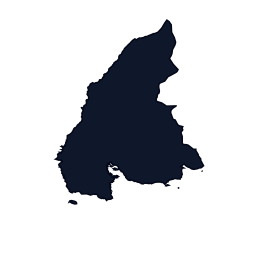 Kaldrananeshreppur, Vestfirðir, Iceland (orthographic projection), rotated 62°
{"feature_id": "244011B77106600698129", "entity_name": "Kaldrananeshreppur", "entity_type": "district", "adm_level": 2, "iso_a3": "ISL", "parent_name": "Iceland", "parent_adm1": "Vestfirðir", "projection": "orthographic", "projection_center": [-21.462, 65.822], "detail": "fine", "context": "isolated", "style": "filled", "palette": "ink", "viewbox_px": 256, "rotation_deg": 62, "n_neighbors": 0, "source": "geoboundaries", "source_scale": "gbopen_adm2", "svg_char_len": 5936}
<svg xmlns="http://www.w3.org/2000/svg" viewBox="0 0 256 256"><g transform="rotate(62 128 128)"><path d="M51.0,43.0L52.4,45.9L55.7,51.4L57.5,56.6L57.2,60.1L56.5,61.5L56.8,62.3L56.5,63.1L56.1,67.1L56.1,68.5L55.4,69.7L55.4,71.9L54.6,74.6L53.9,75.7L53.9,77.8L54.3,78.5L53.5,79.6L52.5,80.1L52.9,83.3L53.6,84.4L53.5,85.2L54.2,86.4L54.2,87.2L54.6,87.9L54.5,88.5L55.0,89.5L55.9,92.8L56.6,94.4L57.5,95.2L57.8,96.7L59.7,99.2L59.9,99.9L59.8,101.4L60.7,102.5L62.7,103.7L63.8,106.7L63.5,107.5L63.9,109.0L63.9,109.6L65.1,111.1L65.2,112.0L66.0,112.7L66.0,113.9L66.2,114.1L66.8,117.0L68.8,118.5L69.8,121.7L69.4,123.0L69.6,124.3L70.9,124.8L71.4,125.6L71.4,126.0L71.8,126.1L71.6,126.5L72.6,127.6L72.8,129.6L72.2,130.1L72.2,130.6L73.2,131.6L73.6,133.2L72.9,135.3L72.9,136.6L72.7,137.1L71.4,138.0L71.5,140.5L72.7,142.2L73.2,143.3L73.1,144.0L73.5,144.6L76.6,145.1L76.7,146.6L77.7,147.0L79.1,148.3L82.0,148.0L84.1,149.5L84.4,150.1L83.7,151.0L83.7,151.3L84.1,152.0L86.5,152.9L87.7,154.3L87.6,156.2L89.1,157.8L89.2,158.5L88.6,158.9L89.2,159.5L90.8,159.0L92.1,160.1L93.2,161.7L95.6,162.8L96.3,163.8L98.3,163.9L100.2,165.7L100.6,166.6L100.7,168.0L101.2,168.5L101.7,171.4L103.0,173.0L102.9,174.9L103.1,175.9L105.0,178.4L105.9,180.2L106.3,182.3L106.2,185.1L109.9,187.3L109.7,188.7L110.2,187.8L110.6,187.7L111.1,188.4L111.3,189.6L112.4,190.1L113.6,192.0L114.6,192.3L114.0,193.4L114.7,194.0L114.1,194.7L114.4,195.1L115.0,194.7L116.4,195.7L116.1,196.5L116.7,196.0L117.7,196.9L118.1,198.4L117.5,199.6L118.4,199.1L118.0,201.4L118.2,202.5L120.3,203.0L121.0,204.4L121.5,204.7L121.5,206.6L124.0,204.1L124.3,203.1L125.2,202.0L125.5,202.2L125.2,203.1L126.3,201.7L127.2,202.5L127.3,204.9L127.7,206.2L128.4,206.5L129.2,206.0L129.9,206.2L130.1,206.9L130.9,206.1L133.1,205.8L133.9,206.8L135.7,206.7L136.9,207.7L139.4,206.8L139.9,207.1L139.5,207.7L139.9,207.8L141.9,207.1L142.3,207.9L141.5,207.9L141.7,208.3L142.8,207.6L144.0,207.5L145.6,208.6L147.3,207.7L148.9,208.1L150.4,209.7L155.4,208.9L156.0,209.0L156.1,209.4L157.8,208.8L159.0,207.7L159.0,207.1L158.5,206.6L158.5,206.0L160.0,204.7L159.8,204.1L160.7,201.3L161.8,200.4L164.4,200.0L166.8,195.2L169.6,192.6L170.2,189.4L171.0,188.5L171.1,187.7L171.6,187.5L171.8,186.7L173.7,186.3L174.4,186.7L175.9,186.1L177.9,184.3L177.8,183.2L178.7,182.9L179.0,182.0L179.8,181.1L181.8,181.0L181.6,180.5L181.8,180.1L181.8,178.4L182.6,177.2L182.5,176.2L182.8,175.8L182.5,175.2L182.6,174.6L181.2,174.3L179.1,174.7L177.8,173.9L177.8,173.4L177.5,173.1L175.8,173.2L175.1,172.6L175.4,172.2L173.7,172.5L172.5,171.3L171.4,171.8L170.9,171.2L171.1,170.7L169.8,170.4L169.6,170.0L169.0,170.6L168.0,170.0L168.3,168.9L167.9,168.7L168.5,167.3L168.1,167.1L168.2,166.5L167.8,166.6L167.9,165.8L167.3,166.1L167.3,165.4L166.6,164.9L166.7,164.1L165.6,163.1L165.6,162.4L166.5,161.9L166.9,160.4L166.0,160.4L166.0,161.2L165.3,161.7L164.5,164.3L163.9,165.0L163.7,164.6L162.0,164.8L161.8,164.6L162.2,164.4L161.6,164.3L161.1,164.7L161.7,164.8L161.5,165.2L161.6,165.6L159.5,166.4L158.6,166.5L157.8,166.3L157.9,165.9L156.1,165.8L155.1,166.6L154.5,165.2L152.9,165.3L152.6,164.4L152.7,163.9L151.3,164.6L151.3,162.5L151.1,161.9L151.3,161.6L150.1,162.2L150.6,161.3L150.2,160.4L149.8,160.1L149.9,159.5L150.4,159.0L151.6,159.3L152.2,158.6L153.5,158.7L154.0,158.3L155.2,155.8L157.4,154.8L160.2,155.4L161.5,154.5L163.4,154.4L163.7,153.7L165.0,153.2L167.9,153.3L169.1,152.5L169.8,153.0L170.2,152.6L170.7,153.1L173.7,152.4L174.7,151.6L174.9,150.8L175.3,150.7L175.3,149.9L176.1,148.7L178.1,147.5L178.6,146.3L180.6,144.7L180.8,144.0L181.9,143.3L182.0,142.8L183.4,142.4L184.5,140.7L184.4,139.9L184.9,138.4L187.0,135.4L187.4,133.9L188.2,133.5L188.3,132.7L188.0,132.5L188.3,132.1L188.8,128.9L191.0,124.6L192.0,123.7L192.3,122.8L194.9,121.9L194.8,121.3L194.4,121.2L194.8,120.6L194.1,119.7L194.2,119.2L193.9,118.8L194.2,118.1L193.8,117.9L194.0,117.6L193.5,117.2L193.4,115.6L193.9,114.0L193.8,113.5L194.4,112.4L194.3,111.6L194.7,110.0L196.1,108.3L197.5,105.9L196.8,105.6L196.6,104.0L195.4,103.3L194.4,101.9L190.9,100.9L189.8,100.0L188.9,98.8L189.4,97.6L186.8,99.4L186.9,98.9L187.3,98.7L186.4,97.5L186.2,96.5L186.3,95.7L186.7,95.0L187.9,94.9L190.2,93.7L192.2,91.9L193.9,91.1L195.4,89.3L196.5,85.9L196.7,83.6L197.3,82.6L197.4,81.7L196.8,79.0L190.3,79.0L189.6,78.3L185.2,79.0L184.5,78.5L179.7,78.7L178.6,78.1L177.6,80.2L171.5,82.9L170.3,84.1L168.5,86.9L167.1,87.3L160.7,84.0L156.9,83.5L155.3,80.5L153.5,80.3L152.5,79.0L150.2,81.6L148.5,82.6L143.1,82.6L141.8,83.9L140.8,84.1L134.6,83.2L132.8,82.0L132.1,80.9L131.6,79.3L131.3,77.2L131.3,75.6L131.0,75.3L126.8,83.7L121.7,86.5L118.3,89.9L117.1,90.3L115.2,89.2L114.6,88.0L112.6,86.5L111.9,85.7L111.8,84.4L110.2,83.0L106.2,81.7L104.3,80.5L103.5,79.5L103.3,78.3L103.8,73.6L101.3,68.3L101.5,66.7L101.4,59.5L101.0,57.9L99.9,56.4L93.1,58.2L86.5,58.8L85.7,58.3L84.4,56.0L82.8,54.2L79.7,52.0L76.7,47.6L74.6,45.7L70.0,44.7L64.0,44.6L57.2,41.4L53.4,41.8L51.0,43.0ZM170.2,208.6L168.8,208.7L167.5,209.7L165.6,211.9L165.1,213.4L165.2,214.0L165.7,214.6L165.7,214.1L168.1,212.7L170.2,210.5L170.4,209.3L170.7,209.0L170.2,208.6ZM153.0,162.0L154.3,161.0L154.4,160.1L153.7,160.7L153.0,162.0ZM165.4,160.3L165.9,159.4L165.2,159.7L164.2,161.0L165.4,160.3ZM164.3,163.2L164.6,162.0L165.0,161.4L164.4,161.6L163.6,163.0L164.3,163.2ZM196.3,120.6L197.5,119.7L197.7,118.9L196.9,119.5L196.3,120.6ZM157.9,159.6L158.4,158.7L157.7,159.0L157.1,159.9L157.9,159.6ZM196.6,121.9L197.4,120.8L197.8,120.6L197.1,120.6L196.4,121.7L196.6,121.9ZM156.7,159.1L157.4,158.8L157.5,158.3L156.7,159.1ZM159.8,164.9L162.0,163.6L159.7,164.8L159.8,164.9ZM158.8,159.3L159.5,158.5L159.4,158.4L158.9,158.6L158.8,159.3ZM159.3,156.9L159.9,157.0L160.1,156.7L159.8,156.3L159.3,156.9ZM204.8,112.2L204.7,111.5L205.0,110.9L204.5,111.6L204.8,112.2ZM112.9,195.4L113.4,194.7L112.8,194.8L112.9,195.4ZM200.5,83.0L200.9,82.9L201.1,82.5L200.5,83.0ZM160.4,165.1L159.9,165.2L159.8,165.6L160.0,165.6L160.4,165.1ZM87.7,159.2L88.1,159.5L88.2,159.4L87.7,159.2Z" fill="#0f172a" stroke="#020617" stroke-width="1.5"/></g></svg>